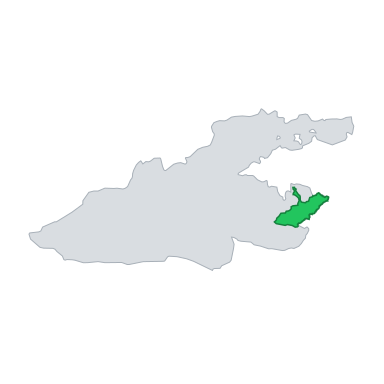 location of Chatkal, Jalal-Abad, Kyrgyzstan, rotated 177°
{"feature_id": "92254566B64502136331534", "entity_name": "Chatkal", "entity_type": "district", "adm_level": 2, "iso_a3": "KGZ", "parent_name": "Kyrgyzstan", "parent_adm1": "Jalal-Abad", "projection": "equal_earth", "projection_center": [70.686, 41.73], "detail": "fine", "context": "in_parent", "style": "filled", "palette": "green", "viewbox_px": 384, "rotation_deg": 177, "n_neighbors": 0, "source": "geoboundaries", "source_scale": "gbopen_adm2", "svg_char_len": 7661}
<svg xmlns="http://www.w3.org/2000/svg" viewBox="0 0 384 384"><g transform="rotate(177 192 192)"><path d="M79.4,230.3L80.4,229.6L83.5,229.0L89.9,228.4L92.1,228.8L96.4,231.5L99.7,231.1L100.4,231.5L101.6,233.7L106.3,230.4L109.6,229.5L111.3,226.2L114.8,222.3L117.9,221.7L118.0,222.3L118.6,222.9L121.7,223.8L122.6,222.8L123.1,221.4L122.0,219.1L122.0,218.2L123.0,216.8L128.0,218.9L129.1,218.9L131.4,217.7L133.4,215.6L134.2,213.9L144.3,208.6L145.1,207.6L144.9,206.9L140.6,205.6L138.7,206.3L136.9,206.4L135.8,205.6L130.6,205.3L129.5,204.7L126.0,200.8L121.7,198.4L119.6,198.5L117.2,199.6L116.4,199.1L116.2,195.5L115.6,193.3L114.2,192.8L112.3,193.6L107.0,192.4L106.4,187.9L104.4,183.8L101.6,182.2L101.5,179.8L100.5,178.8L99.7,179.1L98.7,180.3L99.2,183.0L98.8,185.6L98.2,187.0L97.0,188.0L95.6,188.0L93.3,186.7L92.9,194.8L92.5,195.3L89.6,194.1L87.3,194.6L84.0,194.1L81.4,192.8L76.4,191.3L74.1,189.8L72.6,184.3L71.3,182.4L70.0,182.0L64.7,183.9L59.3,180.6L56.6,179.9L55.9,178.9L56.0,177.6L64.3,171.6L67.5,167.5L69.5,165.7L74.7,163.9L75.8,160.1L76.3,159.6L81.5,157.8L87.4,154.5L87.5,153.5L86.9,152.8L81.6,149.7L79.0,151.1L77.4,149.4L77.4,147.6L79.1,144.5L80.6,142.9L81.2,139.9L83.3,137.9L85.5,134.8L88.2,132.2L93.1,130.3L95.8,130.9L98.4,130.5L102.4,128.9L104.8,128.8L115.1,131.2L118.5,131.3L126.5,134.4L132.7,136.0L135.8,138.9L145.8,140.3L148.6,141.2L149.6,142.6L152.5,144.4L154.9,144.9L152.7,137.7L153.5,133.4L156.5,121.8L158.1,120.0L166.2,116.8L168.0,114.3L173.8,114.4L175.0,113.9L175.7,112.6L194.0,122.7L200.9,125.6L210.4,128.2L218.4,129.1L219.8,128.5L222.9,124.5L224.4,124.3L244.3,125.0L258.5,122.9L260.5,123.0L265.9,125.3L282.7,126.0L289.4,127.4L299.9,126.9L304.3,127.1L312.4,130.0L315.2,130.6L320.4,131.1L322.3,130.6L323.5,131.2L324.8,134.9L329.9,139.5L331.8,142.0L333.7,143.0L343.1,143.7L346.7,144.7L355.7,153.4L357.0,158.5L356.2,159.6L347.0,160.2L345.0,161.0L343.0,164.8L330.8,169.4L329.0,169.3L312.9,178.1L301.7,185.5L301.4,189.0L295.0,197.1L290.0,198.1L285.7,197.9L278.8,200.4L269.8,199.6L266.7,199.7L260.8,198.6L258.5,199.2L256.0,200.8L252.7,207.3L251.3,208.8L250.7,210.3L250.3,213.5L249.1,216.8L246.2,221.9L243.8,224.3L241.5,225.8L239.6,222.6L236.5,224.8L233.7,224.4L231.9,225.0L228.0,227.7L222.1,227.6L221.5,226.7L220.1,219.2L219.0,215.7L218.1,214.9L217.1,214.8L208.8,220.7L204.9,221.7L201.7,221.9L197.4,220.2L196.5,220.6L195.8,221.5L195.5,222.7L196.8,226.1L196.5,226.7L194.6,226.6L192.0,227.4L184.0,234.3L178.9,236.1L174.1,236.8L171.3,238.0L169.8,240.6L166.7,247.7L166.9,249.2L168.2,251.1L169.2,255.5L169.0,256.6L166.5,260.1L163.3,261.2L160.7,261.8L155.8,261.3L153.3,262.0L148.7,264.7L144.9,265.2L137.7,265.3L130.6,264.3L128.3,264.6L122.0,266.2L119.9,268.8L118.8,271.1L118.2,271.4L115.7,269.3L112.5,265.6L110.9,265.7L105.3,268.7L104.4,268.6L102.8,267.4L103.0,262.8L101.2,261.8L97.3,261.6L96.0,260.6L96.4,257.6L96.0,256.4L95.0,255.6L93.0,255.8L89.0,258.3L84.3,259.2L82.7,260.0L80.9,263.2L74.6,263.9L72.6,263.2L68.8,257.1L65.6,256.2L62.3,256.4L57.8,258.0L56.7,256.7L55.5,256.3L54.5,257.4L49.0,257.6L43.4,257.4L40.2,256.7L38.2,256.8L34.0,258.4L29.0,258.7L28.5,253.1L27.0,249.3L28.5,243.0L29.4,241.0L33.2,243.4L34.5,243.0L34.9,241.7L34.3,238.9L36.2,235.9L49.4,231.7L64.1,237.8L66.0,241.8L67.3,241.6L69.3,239.8L69.9,236.4L72.8,234.5L79.1,232.3L79.4,230.3ZM87.0,244.0L87.2,243.5L86.1,240.6L87.6,237.8L84.6,237.4L83.1,236.6L81.4,233.8L80.8,233.7L80.0,234.5L79.5,236.3L79.9,238.2L82.1,240.1L81.1,243.9L85.4,244.4L87.0,244.0ZM71.7,246.7L71.6,245.9L70.5,245.5L65.0,244.4L65.2,245.2L67.3,248.1L68.9,248.3L71.7,246.7ZM104.3,241.7L104.6,239.9L101.3,241.0L101.0,241.9L102.1,243.1L103.5,243.5L104.3,241.7Z" fill="#d9dde1" stroke="#a8b0b8" stroke-width="1"/><path d="M93.8,172.0L93.7,170.3L95.0,168.8L96.7,168.0L98.9,167.9L99.8,166.2L104.3,166.1L106.4,163.3L108.7,161.4L109.3,159.4L111.3,157.8L109.5,156.0L100.7,153.8L98.5,154.5L93.6,153.3L90.8,151.5L88.5,151.7L87.9,152.1L88.0,153.7L88.1,153.9L88.2,154.0L88.3,154.1L88.3,154.3L88.1,154.4L87.9,154.3L87.9,154.5L87.7,154.7L87.7,154.8L87.4,155.0L87.1,155.0L87.3,155.2L87.2,155.4L87.1,155.5L86.8,155.5L86.7,155.4L86.4,155.2L86.2,155.3L85.9,155.3L85.8,155.2L85.7,155.3L85.4,155.5L85.1,155.7L84.8,155.6L84.7,155.8L84.6,156.0L84.4,156.3L84.2,156.3L83.8,156.3L83.7,156.4L83.6,156.5L83.6,156.8L83.5,157.1L83.1,157.1L82.8,157.3L82.7,157.5L82.3,157.5L82.0,157.7L82.0,157.8L81.9,157.9L82.0,158.0L81.8,158.2L81.8,158.3L81.6,158.3L81.4,158.2L81.3,158.3L81.0,158.4L80.8,158.6L81.0,158.8L80.9,158.9L80.6,159.1L80.5,159.4L80.5,159.5L80.4,159.6L80.1,159.6L79.9,159.5L79.4,159.6L78.8,159.6L78.5,159.5L78.4,159.4L78.0,159.2L77.9,159.3L77.6,159.2L77.5,158.9L77.4,158.9L77.2,158.8L77.1,159.0L76.9,159.0L76.7,158.8L76.5,158.7L76.5,158.8L76.4,158.9L76.4,159.2L76.3,159.3L76.3,159.5L76.4,159.8L76.0,160.1L75.9,160.3L75.9,160.5L75.7,160.8L75.8,160.9L75.9,161.0L76.1,161.3L76.1,161.6L76.0,161.8L76.1,162.1L76.2,162.3L76.2,162.5L76.3,162.6L76.3,162.8L76.1,162.9L76.2,163.1L75.9,163.4L75.7,163.7L75.6,163.8L75.4,163.7L75.1,163.7L74.8,163.9L74.5,163.7L74.3,163.6L74.1,163.7L73.9,163.6L73.6,163.4L73.3,163.3L73.3,163.5L73.3,163.8L73.3,164.0L73.2,164.2L73.1,164.3L72.9,164.2L72.7,164.2L72.5,163.9L72.2,164.0L72.0,163.9L71.8,164.0L71.7,164.1L71.4,164.2L71.2,164.1L70.9,164.2L70.9,164.3L70.7,164.5L70.4,164.7L70.4,164.8L70.5,164.9L70.5,165.0L70.4,165.0L70.2,165.4L70.0,165.7L70.0,165.8L69.9,165.8L69.7,165.8L69.8,166.0L69.7,166.1L69.6,166.3L69.5,166.6L69.4,166.6L69.2,166.7L68.9,166.6L68.7,166.7L68.7,166.8L68.6,167.2L68.5,167.3L68.5,167.5L68.6,167.9L68.4,168.0L68.0,167.9L67.9,167.9L67.7,168.2L67.5,168.3L67.4,168.4L67.2,168.4L67.0,168.5L66.9,168.6L66.7,168.7L66.4,168.7L66.2,169.1L66.1,169.3L66.0,169.5L65.9,169.7L65.9,169.8L65.8,170.0L65.8,170.5L65.7,170.6L65.8,170.7L65.8,170.9L65.8,171.1L65.7,171.2L65.6,171.5L65.5,171.8L65.2,171.8L64.9,171.7L64.6,171.8L64.3,172.1L64.1,172.5L63.9,172.5L63.7,172.6L63.2,172.9L63.2,173.0L63.0,172.9L62.9,173.0L62.7,173.1L62.4,173.3L62.2,173.6L61.9,174.1L61.9,174.3L61.8,174.5L61.6,174.6L61.4,174.7L61.1,174.8L60.9,174.9L60.9,175.0L60.5,175.1L60.3,175.1L60.1,175.1L59.7,175.3L59.4,175.7L59.0,175.7L58.9,175.9L58.8,176.0L58.5,176.2L58.3,176.0L58.0,175.9L57.9,175.9L57.7,175.9L57.5,176.0L57.2,176.1L56.9,176.0L56.9,176.3L57.1,176.7L57.1,176.9L57.0,177.1L56.9,177.3L56.9,177.5L56.7,177.6L56.4,177.7L56.3,177.8L56.2,178.0L56.1,178.4L56.2,178.7L56.1,178.8L56.0,179.4L55.9,179.4L55.8,179.5L55.7,179.8L55.8,179.7L55.8,179.8L56.2,180.1L56.4,180.2L56.7,180.2L56.8,180.2L56.8,180.3L57.0,180.3L57.1,180.5L57.5,180.8L57.8,180.8L58.2,180.6L58.4,180.6L58.6,180.5L58.7,180.4L58.8,180.3L58.8,180.2L59.2,179.8L59.4,179.7L59.6,179.6L59.8,179.7L59.8,179.8L59.9,180.0L60.2,180.2L60.3,180.3L60.6,180.5L60.7,180.4L60.8,180.5L61.0,180.7L61.5,180.7L61.5,180.8L61.8,181.1L61.8,181.3L61.9,181.7L62.0,181.7L62.4,181.7L62.5,181.6L62.8,181.6L62.9,182.0L63.0,182.1L63.3,182.3L63.8,182.5L63.9,182.8L64.0,182.9L64.2,183.0L64.3,183.1L64.5,183.3L64.5,183.5L64.7,184.0L64.8,184.0L65.1,184.3L65.5,184.5L65.6,184.3L65.7,184.2L65.9,184.4L66.0,184.4L66.3,184.2L66.5,184.1L66.8,184.0L67.1,184.0L67.2,183.8L67.2,183.7L67.4,183.4L67.6,183.3L67.6,183.2L67.6,182.9L67.7,182.7L67.8,182.6L68.2,182.7L68.3,182.6L68.3,182.2L68.6,182.2L68.7,182.3L68.8,182.3L69.0,182.2L69.4,182.0L69.5,182.0L69.8,182.1L70.0,182.1L70.2,181.9L70.5,181.7L70.9,181.6L71.1,181.5L71.3,181.7L71.5,181.7L71.6,181.8L72.1,180.9L74.7,180.3L76.1,176.6L78.2,176.4L79.2,175.3L83.2,176.1L84.3,178.1L84.2,181.6L84.6,183.0L85.7,183.6L87.9,187.2L88.5,188.4L87.9,189.4L89.2,190.4L89.4,191.3L91.0,191.3L90.8,189.4L89.8,188.6L89.8,186.9L90.9,185.5L91.1,184.1L90.0,184.0L87.8,182.4L86.0,180.5L85.4,178.0L86.9,174.9L87.0,173.2L92.0,172.9L93.8,172.0Z" fill="#22c55e" stroke="#15803d" stroke-width="1.5"/></g></svg>